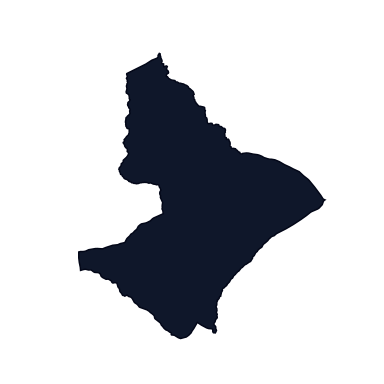 the district of Lagdera, North-Eastern, Kenya, rotated 76°
{"feature_id": "3690345B54288416110697", "entity_name": "Lagdera", "entity_type": "district", "adm_level": 2, "iso_a3": "KEN", "parent_name": "Kenya", "parent_adm1": "North-Eastern", "projection": "robinson", "projection_center": [39.22, 0.501], "detail": "fine", "context": "isolated", "style": "filled", "palette": "ink", "viewbox_px": 384, "rotation_deg": 76, "n_neighbors": 0, "source": "geoboundaries", "source_scale": "gbopen_adm2", "svg_char_len": 6064}
<svg xmlns="http://www.w3.org/2000/svg" viewBox="0 0 384 384"><g transform="rotate(76 192 192)"><path d="M241.1,319.1L241.0,316.5L241.1,314.5L241.3,313.8L242.6,311.4L243.1,309.1L243.5,308.5L245.8,306.7L246.5,305.8L247.3,303.2L247.7,302.3L248.2,301.6L249.5,300.8L251.8,300.5L253.3,299.5L255.9,296.5L256.2,294.7L256.4,294.1L257.0,293.5L258.6,291.9L260.4,291.5L260.9,291.1L261.2,290.7L261.3,288.6L262.2,286.9L265.9,286.8L266.9,286.6L267.8,286.0L268.3,285.9L271.2,286.0L273.3,284.9L275.3,284.4L275.7,284.0L275.9,283.3L276.8,282.4L276.3,280.0L278.1,278.7L279.0,277.0L280.0,276.2L281.1,275.7L285.3,274.6L287.6,272.5L289.2,271.6L290.6,271.1L291.2,270.6L295.4,264.3L297.4,262.4L298.8,261.6L300.7,260.0L302.5,258.8L303.1,258.6L305.3,258.7L306.2,258.4L311.2,254.5L312.4,254.1L313.6,254.0L315.4,253.0L317.5,252.1L319.4,250.8L320.6,249.1L322.6,247.5L323.3,246.5L323.8,246.2L325.1,246.6L325.7,246.5L326.7,243.8L330.1,240.5L331.4,238.5L331.3,232.6L330.2,229.8L328.5,227.0L326.9,225.6L324.8,223.2L319.8,218.4L323.5,215.0L327.4,210.7L328.6,208.8L329.3,206.5L329.9,205.4L330.8,205.2L332.2,205.6L333.3,205.5L333.8,205.2L334.1,204.1L334.4,203.6L334.0,203.1L332.2,201.7L330.2,202.0L328.7,201.6L328.0,201.7L326.2,202.7L325.5,202.7L324.7,202.4L323.5,201.0L321.3,199.8L321.0,199.0L320.2,198.0L319.6,197.8L317.7,197.7L316.8,197.1L314.7,197.5L313.2,196.5L311.0,196.1L310.1,196.4L308.7,196.3L307.6,195.3L304.9,194.6L303.6,193.5L302.8,193.4L302.7,192.7L301.9,191.5L301.2,191.2L300.3,190.5L299.9,189.2L298.8,189.0L298.2,188.5L296.5,187.7L295.0,186.3L294.0,186.3L293.0,185.4L292.8,184.2L292.0,183.0L291.2,181.2L290.4,180.3L290.0,180.6L289.6,180.0L289.5,179.3L288.3,177.4L286.3,175.6L285.7,174.7L285.4,173.6L284.1,172.4L283.5,172.0L282.4,169.8L281.4,168.7L281.2,168.1L280.4,167.1L280.1,165.8L279.7,165.3L277.7,162.7L277.3,161.4L275.5,158.6L275.2,157.0L273.8,153.2L273.6,152.0L271.8,150.2L271.1,149.4L269.4,148.7L269.1,147.6L268.5,146.8L266.3,144.9L265.4,143.0L264.6,142.4L263.3,140.2L262.5,137.8L262.2,137.4L260.3,135.8L259.5,134.4L259.1,133.3L257.6,130.4L256.1,128.5L255.5,127.2L255.0,126.6L254.4,124.9L254.3,122.9L252.8,120.0L250.4,109.7L248.0,101.5L245.0,92.9L242.5,86.6L240.5,82.3L240.0,80.8L238.9,74.1L238.3,72.5L235.8,68.7L232.7,66.7L232.0,65.5L231.8,64.9L230.8,66.2L230.2,66.6L226.3,67.9L216.8,71.9L209.0,75.6L207.7,76.4L203.2,79.9L198.2,83.1L194.2,88.1L191.4,91.2L187.8,95.7L183.7,99.9L180.8,103.8L179.5,106.8L179.0,108.6L178.0,110.6L176.0,113.8L174.2,115.6L172.5,117.9L171.6,119.5L170.0,123.6L168.0,127.6L167.3,129.7L166.8,133.8L167.4,134.3L166.5,135.8L165.0,136.1L164.2,137.3L162.5,138.1L161.6,139.0L160.6,139.3L159.6,141.4L159.3,143.2L158.7,143.3L157.6,143.2L157.0,143.9L155.5,143.9L154.9,143.4L152.9,143.1L151.1,143.6L150.3,143.6L149.6,143.9L149.3,144.4L149.5,145.6L149.1,146.0L147.6,145.6L146.7,146.6L146.1,146.8L144.8,146.3L143.4,146.4L142.0,145.2L141.2,145.2L140.2,144.6L139.2,144.5L138.2,145.0L137.5,146.6L136.1,147.4L135.6,147.8L135.0,149.3L134.2,149.8L133.1,149.9L132.1,152.4L132.5,153.6L132.3,154.9L131.8,155.9L130.4,155.9L130.2,156.1L129.8,157.4L129.8,159.3L129.3,160.1L127.5,160.3L125.4,159.8L123.8,159.8L122.5,160.7L121.7,160.8L120.7,160.4L118.3,160.3L117.3,159.8L116.7,159.8L116.0,159.3L115.4,159.7L114.9,159.8L113.6,159.3L112.9,159.5L112.4,160.1L110.7,163.5L110.5,164.3L110.1,164.8L107.9,165.8L106.9,166.6L106.0,166.5L104.8,167.3L103.5,167.0L103.0,167.1L102.4,167.6L100.5,167.3L98.6,167.7L97.8,166.3L95.4,166.5L94.7,166.7L91.4,168.9L90.5,169.9L88.9,170.2L87.3,171.4L86.4,172.8L85.2,174.0L84.6,175.3L83.6,177.0L83.3,178.2L81.8,179.5L81.4,180.9L79.7,181.7L78.5,184.5L78.0,185.3L76.1,187.2L74.2,187.9L73.9,188.8L73.5,189.0L71.6,188.1L71.0,186.2L70.2,185.8L68.8,185.9L66.9,187.1L66.3,186.9L64.2,185.6L63.5,186.3L63.5,187.9L63.9,188.8L63.7,189.1L62.7,189.0L60.8,188.6L60.3,189.9L59.5,190.3L58.8,190.1L58.1,189.5L57.0,189.3L54.0,189.8L52.7,189.6L51.8,189.8L50.2,189.5L49.6,190.2L51.2,191.9L52.1,191.9L52.7,192.3L53.7,193.6L54.4,199.1L56.7,205.8L61.3,226.6L61.8,226.9L64.5,226.8L65.8,228.1L66.5,227.8L67.2,227.9L68.1,227.6L68.8,228.1L69.7,227.8L70.6,228.2L71.4,229.0L72.4,229.3L73.3,230.0L76.1,230.1L78.9,231.7L80.2,231.7L80.9,230.8L82.8,229.7L85.3,230.0L86.2,230.3L87.0,230.1L87.5,229.7L88.8,230.8L89.6,232.4L90.3,232.8L90.7,232.6L91.4,233.3L92.6,233.4L94.1,232.8L94.8,233.0L96.6,232.2L97.5,232.2L98.2,232.9L100.9,233.2L102.2,235.0L102.7,236.2L103.3,236.7L103.8,237.9L104.8,238.3L105.2,238.6L106.2,238.7L106.9,239.3L108.3,239.7L108.8,239.6L110.3,239.8L110.7,240.1L112.0,240.0L112.4,240.2L113.1,239.8L114.2,239.7L114.8,239.3L115.3,238.0L116.1,237.8L119.3,238.6L121.5,240.2L122.4,242.2L123.0,242.6L124.8,245.2L125.0,245.3L125.4,245.0L125.9,245.1L126.7,245.5L127.2,246.7L127.7,246.9L128.3,246.5L129.4,246.3L129.9,246.0L130.9,246.2L131.8,246.0L133.2,245.4L133.8,244.7L134.4,244.5L135.4,244.5L137.1,245.1L138.3,244.2L139.5,244.3L141.1,245.5L142.5,247.2L144.5,250.9L145.0,251.2L146.1,251.3L147.7,254.0L149.0,254.1L149.9,255.3L150.6,255.9L150.8,256.6L151.6,256.9L152.1,257.5L153.8,257.1L154.5,257.4L155.6,257.0L157.6,257.0L158.6,255.8L159.8,255.7L160.8,255.0L162.4,254.5L163.3,253.6L163.8,252.6L164.7,251.6L165.2,251.3L165.7,250.7L166.4,250.7L167.6,248.8L168.5,248.2L168.9,247.0L169.6,246.3L169.9,244.9L170.5,244.2L170.8,241.8L170.5,240.2L170.8,238.7L170.8,237.3L171.2,236.2L171.0,235.4L171.6,234.5L171.8,233.5L173.0,231.8L173.2,229.8L174.9,227.7L175.7,225.8L176.5,224.5L176.6,223.3L177.2,222.6L177.8,222.4L179.1,222.5L180.3,222.0L182.7,221.7L184.0,223.0L185.2,223.6L186.6,223.7L188.1,223.4L189.7,224.0L195.2,223.0L196.6,223.7L198.5,224.4L199.9,224.6L201.2,225.2L202.5,224.9L204.3,224.9L205.5,225.2L206.1,225.1L207.9,235.3L208.4,236.8L209.9,239.3L210.7,242.8L210.9,244.6L210.7,248.5L211.0,249.8L212.3,252.4L214.8,254.6L216.0,257.1L217.4,259.1L218.2,261.6L219.5,263.0L221.1,265.9L221.8,266.8L224.5,269.1L224.8,269.9L224.7,274.0L225.2,276.8L224.5,281.8L225.0,289.0L225.5,292.6L223.9,297.6L223.5,299.5L223.0,306.2L223.6,309.3L223.6,310.7L223.4,312.3L222.8,314.5L222.8,316.4L228.5,317.8L233.2,318.4L238.0,318.6L241.1,319.1Z" fill="#0f172a" stroke="#020617" stroke-width="1.5"/></g></svg>